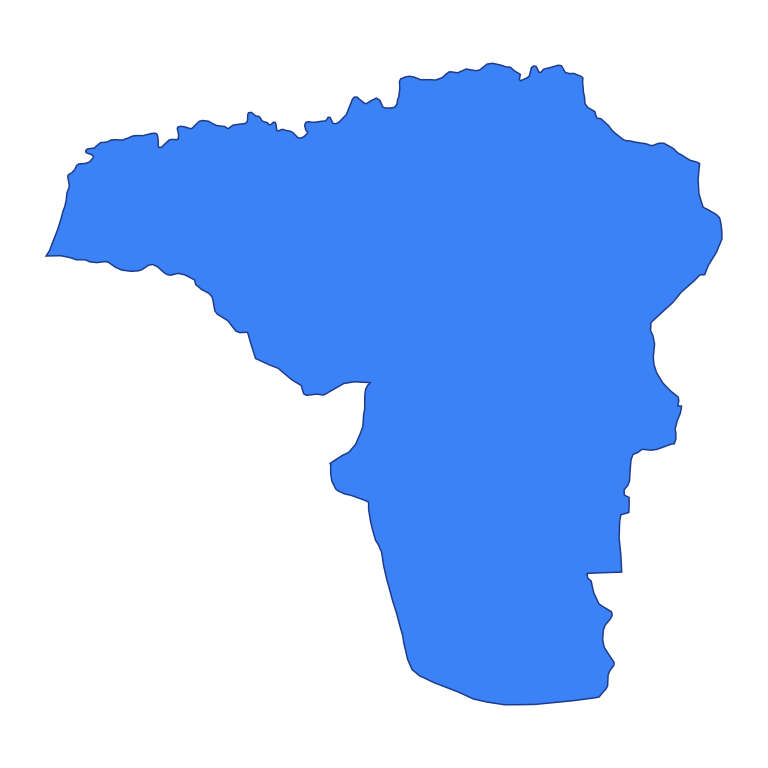 outline of Binh Long, Bình Phước, Vietnam
{"feature_id": "81297802B43417057118199", "entity_name": "Binh Long", "entity_type": "district", "adm_level": 2, "iso_a3": "VNM", "parent_name": "Vietnam", "parent_adm1": "Bình Phước", "projection": "mercator", "projection_center": [106.575, 11.671], "detail": "fine", "context": "isolated", "style": "filled", "palette": "blue", "viewbox_px": 768, "rotation_deg": 0, "n_neighbors": 0, "source": "geoboundaries", "source_scale": "gbopen_adm2", "svg_char_len": 5148}
<svg xmlns="http://www.w3.org/2000/svg" viewBox="0 0 768 768"><path d="M582.6,82.2L582.9,78.1L581.3,76.5L577.7,75.0L573.6,73.4L569.6,73.6L565.3,72.5L561.5,65.8L558.3,65.2L550.4,67.5L543.6,69.2L541.2,72.1L539.2,72.5L536.1,66.4L533.5,66.0L531.4,67.7L530.5,71.4L529.2,76.1L527.1,77.8L520.4,80.8L519.4,79.3L520.3,74.3L514.3,70.8L510.3,67.2L506.0,66.9L500.4,65.0L492.6,63.3L487.1,64.1L479.5,70.1L475.6,70.7L466.1,69.0L464.0,70.0L457.7,72.8L451.7,71.9L449.2,71.9L446.2,74.0L442.5,77.4L440.7,78.2L435.5,80.1L430.4,79.7L420.6,79.7L413.9,77.0L409.6,76.3L405.8,76.8L400.7,78.9L399.5,81.2L399.8,88.6L398.8,96.4L397.5,100.1L397.0,104.0L395.3,106.4L394.2,107.5L389.9,108.0L385.2,108.0L382.8,106.9L379.9,100.3L376.3,98.1L370.9,100.8L366.5,103.5L364.9,103.5L359.2,99.1L357.0,97.1L354.3,97.1L352.4,99.3L346.3,114.7L339.3,121.9L335.8,123.8L332.8,123.2L330.1,117.5L328.2,117.2L326.5,120.0L325.4,120.9L321.0,121.3L315.6,122.2L311.6,122.2L308.5,121.7L305.9,122.3L304.8,124.8L304.8,126.2L305.8,130.1L307.6,132.1L307.3,133.4L304.3,136.4L302.1,137.6L301.0,138.0L298.0,137.8L293.0,132.7L290.4,131.2L286.6,130.6L282.6,129.4L281.1,129.6L278.6,130.9L276.8,130.5L276.5,128.0L276.0,124.5L275.3,122.5L273.5,122.1L272.5,123.1L270.9,124.6L268.8,124.6L267.3,122.6L263.5,121.6L262.0,120.7L259.8,117.1L258.5,116.3L256.0,116.1L254.5,115.1L251.6,112.4L248.6,112.7L247.7,114.8L247.6,118.9L247.5,120.5L246.9,121.9L246.1,122.9L244.9,123.5L238.6,124.3L233.0,125.1L229.1,128.0L227.9,128.7L224.8,126.6L221.3,126.1L216.7,125.5L212.9,123.8L208.4,121.2L202.5,120.5L199.3,121.3L195.1,125.3L192.2,128.3L190.2,128.6L184.5,126.8L180.7,126.3L178.1,126.9L177.4,128.0L177.4,129.5L178.4,133.3L178.6,136.4L177.9,139.3L176.6,139.7L172.6,139.4L169.6,139.7L166.5,142.4L161.4,147.3L158.8,147.4L158.3,145.8L158.3,140.8L157.4,135.1L156.5,133.7L155.0,133.3L151.7,133.4L143.2,135.6L135.3,135.6L132.4,136.1L128.2,138.0L123.3,139.8L120.0,140.1L116.8,139.7L111.3,139.9L107.6,141.9L104.4,142.3L100.8,142.6L99.3,143.6L95.8,146.6L94.4,148.0L87.7,148.9L86.1,150.0L85.8,151.0L85.8,151.8L86.4,152.8L88.3,153.5L91.4,154.6L93.4,156.2L93.1,157.6L92.4,158.7L89.6,162.0L85.4,163.4L78.7,164.0L76.7,165.4L74.4,170.1L71.8,172.7L68.1,175.0L67.8,177.0L69.2,184.7L69.2,187.0L67.0,192.9L66.2,200.0L64.8,206.6L63.0,211.2L61.0,219.0L57.4,230.3L52.5,242.6L49.7,250.3L46.1,256.0L50.7,255.9L60.6,255.7L69.7,257.5L76.5,259.8L85.2,259.8L90.0,261.9L97.1,262.6L102.2,261.9L105.8,261.6L108.4,262.3L115.4,267.2L121.9,270.1L131.2,271.3L138.4,270.8L142.2,269.5L148.5,265.2L152.6,264.5L157.4,266.6L164.1,272.7L167.4,274.7L170.8,275.2L175.8,273.9L178.2,273.4L184.7,274.8L190.2,277.6L194.6,280.0L195.6,284.5L201.6,289.5L209.2,293.5L212.0,296.8L212.9,299.9L214.8,310.7L217.3,314.2L227.8,320.7L232.2,326.4L235.9,331.1L240.0,332.7L245.5,332.3L247.6,332.4L251.3,345.2L255.6,358.5L268.8,364.6L278.2,368.3L283.3,372.7L291.7,379.7L301.2,385.5L303.7,393.8L306.5,395.3L316.8,394.1L322.8,395.0L324.8,394.5L329.5,391.7L343.8,383.5L354.3,381.8L370.1,382.6L369.0,384.2L367.6,385.4L366.0,388.5L365.5,389.9L364.8,395.3L364.7,406.9L364.7,409.0L363.7,414.3L362.9,425.8L362.6,427.3L360.0,434.2L356.1,443.2L355.4,444.6L350.0,450.9L348.7,452.4L346.9,453.3L342.7,455.2L336.9,458.9L330.0,463.5L330.7,464.7L330.7,473.7L331.8,481.0L335.7,489.0L338.7,491.2L344.8,494.0L350.6,495.2L364.8,500.3L368.6,502.2L368.6,509.3L370.6,521.7L372.8,530.8L375.5,540.1L378.6,545.2L381.6,552.2L383.6,565.5L386.6,578.8L390.5,592.9L392.7,601.1L396.6,613.2L398.6,621.1L399.9,625.8L402.7,635.6L403.8,643.0L407.6,659.2L412.0,669.5L419.4,675.7L433.9,682.6L457.7,691.8L473.5,699.0L486.7,702.0L504.1,704.7L517.5,704.7L535.1,704.4L572.9,700.7L593.6,698.0L599.1,697.0L602.7,692.5L606.1,688.8L607.6,685.9L608.1,674.8L609.9,670.6L613.8,665.3L614.1,662.4L610.5,657.1L604.2,647.3L602.7,640.2L603.2,630.7L605.1,625.2L609.9,619.5L612.0,615.8L612.1,613.9L611.4,611.7L602.9,606.6L599.0,604.0L593.6,592.4L591.1,580.9L589.6,579.8L587.6,577.8L587.1,573.4L600.4,572.8L621.7,572.1L620.8,554.2L619.1,537.9L619.7,521.1L620.9,514.8L628.8,512.5L629.1,506.8L629.1,497.5L624.3,495.1L624.1,489.9L628.1,484.9L629.6,480.3L629.9,473.3L631.0,460.1L632.9,454.5L637.8,452.5L642.0,449.4L643.9,449.4L650.8,450.2L656.9,449.4L670.8,444.3L674.3,443.7L675.8,439.3L675.9,433.1L675.1,429.0L677.3,420.6L680.2,413.6L681.3,408.4L681.5,406.1L677.8,405.8L678.8,400.7L678.2,397.1L669.8,390.3L662.8,382.9L656.6,372.7L654.0,364.7L653.3,357.4L654.6,344.0L652.8,335.2L650.5,330.6L651.0,322.5L664.9,309.7L672.9,302.4L681.4,292.0L694.7,280.3L700.1,274.7L704.6,274.8L708.4,265.3L716.5,252.1L721.9,239.1L721.9,232.0L720.8,222.8L719.6,217.8L716.3,214.5L708.4,209.9L703.2,207.3L701.9,203.7L698.9,193.5L698.1,179.5L699.0,169.3L699.3,166.6L699.3,166.4L699.6,163.6L698.1,162.6L694.7,161.5L689.9,160.2L681.6,155.0L677.6,152.8L673.4,148.5L668.2,145.6L663.7,143.2L659.1,143.2L656.6,144.0L652.9,145.5L650.8,145.5L646.1,143.8L637.1,142.4L634.1,141.9L629.9,140.9L626.2,140.7L623.4,139.7L615.6,133.6L612.0,130.3L608.6,125.7L603.1,120.7L600.8,118.7L598.8,118.4L597.4,118.3L596.5,117.0L595.6,114.7L595.0,111.8L592.8,110.3L588.1,107.8L585.1,103.9L584.8,101.3L584.5,96.9L583.5,92.5L583.1,87.6L582.6,82.2Z" fill="#3b82f6" stroke="#1e3a8a" stroke-width="1.5"/></svg>